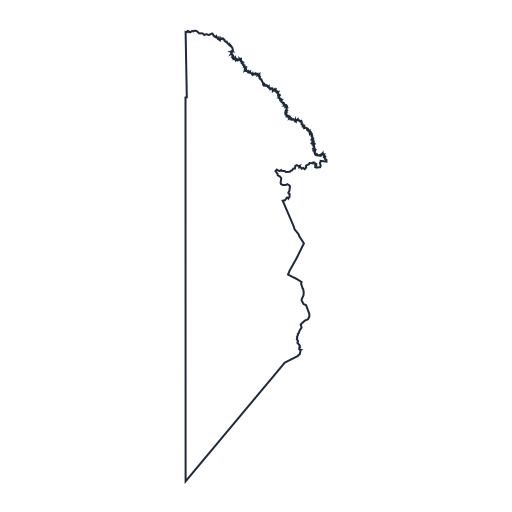 Sikongo, Western, Zambia (Robinson projection)
{"feature_id": "96606910B5408602862486", "entity_name": "Sikongo", "entity_type": "district", "adm_level": 2, "iso_a3": "ZMB", "parent_name": "Zambia", "parent_adm1": "Western", "projection": "robinson", "projection_center": [22.375, -15.32], "detail": "fine", "context": "isolated", "style": "outline", "palette": "slate", "viewbox_px": 512, "rotation_deg": 0, "n_neighbors": 0, "source": "geoboundaries", "source_scale": "gbopen_adm2", "svg_char_len": 5904}
<svg xmlns="http://www.w3.org/2000/svg" viewBox="0 0 512 512"><path d="M185.6,31.9L186.8,97.4L185.5,97.5L185.6,481.3L284.8,362.6L298.2,355.8L298.4,355.1L299.7,354.3L300.4,351.4L300.1,349.9L300.7,349.7L299.2,349.1L299.4,347.7L300.0,347.2L299.4,346.0L299.7,345.4L297.4,342.8L298.0,341.0L296.8,339.2L297.3,337.9L296.9,336.9L297.8,335.4L297.9,333.7L298.6,333.3L299.8,330.1L301.6,327.6L300.7,324.4L304.6,320.8L308.0,319.2L309.4,316.5L309.3,313.9L306.1,305.2L303.6,304.1L301.6,300.4L301.7,299.2L303.5,295.3L303.7,292.0L303.1,288.8L302.6,288.4L301.1,283.8L301.6,282.1L297.3,279.3L288.0,274.6L289.7,270.5L296.7,258.0L303.9,243.4L299.2,236.1L298.6,234.3L294.5,229.2L293.9,226.8L282.7,200.7L284.9,200.3L287.0,197.5L288.1,197.9L288.4,198.5L289.5,196.9L289.6,194.0L288.7,193.6L288.3,192.8L289.4,190.8L290.0,186.4L289.5,185.5L287.3,184.2L286.1,184.9L282.9,185.1L280.9,184.0L280.6,182.8L281.3,178.2L279.9,176.5L277.8,175.3L277.5,173.8L275.5,171.1L276.7,169.6L279.2,171.0L280.1,170.9L281.1,170.0L282.0,170.9L284.9,171.1L285.8,172.0L289.8,171.8L290.9,170.7L292.1,170.4L293.3,168.6L295.0,168.5L295.3,165.9L296.9,165.1L298.5,166.2L299.6,165.8L299.0,166.9L299.2,167.5L300.4,167.0L301.7,168.7L303.1,167.9L304.7,169.2L306.2,167.5L305.8,166.9L306.2,165.5L309.0,164.2L309.7,163.0L312.8,163.3L313.0,162.6L314.0,162.4L316.2,164.0L316.3,165.3L315.3,165.3L315.6,165.7L315.2,167.1L316.3,167.6L320.2,167.2L320.7,165.6L319.9,163.0L320.7,161.6L320.7,160.9L326.5,161.6L326.5,161.1L325.9,161.0L326.3,159.7L324.8,158.8L324.9,157.6L324.3,157.3L324.9,156.9L324.4,156.5L324.9,156.2L323.8,155.3L324.1,154.7L323.7,154.8L323.5,154.1L322.8,154.4L322.7,153.4L322.4,153.9L322.1,153.6L321.4,154.0L321.0,155.2L320.2,155.1L320.3,155.8L318.8,155.4L318.6,156.3L318.4,155.5L317.0,155.3L317.0,154.6L316.1,154.8L316.2,154.1L315.1,154.3L314.6,152.9L315.0,152.3L314.6,152.1L315.0,150.9L314.3,150.8L314.6,150.5L314.1,150.3L314.5,150.1L313.9,149.5L314.4,149.4L313.9,149.0L314.7,148.9L314.0,148.3L314.4,148.1L314.2,147.2L314.9,146.9L314.3,147.0L314.2,146.4L314.0,146.8L313.5,146.5L313.7,145.8L313.2,145.0L313.7,144.6L312.6,144.4L312.8,143.9L312.3,143.6L313.7,143.2L312.7,142.6L313.5,142.2L313.1,141.7L313.5,141.3L312.4,140.9L313.0,140.2L312.0,139.6L313.2,138.6L312.8,138.1L312.2,138.4L312.6,137.7L311.7,136.6L312.3,136.0L311.5,135.1L312.0,134.1L311.6,133.6L311.0,134.5L311.1,133.6L310.6,133.2L310.6,134.3L310.0,134.5L309.7,133.3L310.1,132.4L308.9,132.8L309.5,132.2L309.8,130.5L308.8,130.6L308.4,129.7L307.9,130.5L307.2,130.0L306.9,128.2L305.3,127.8L304.1,128.3L303.4,127.0L303.8,127.3L304.1,126.7L303.6,126.7L303.8,125.7L303.0,125.9L303.2,125.5L302.6,125.3L302.6,124.3L301.6,124.1L301.8,122.5L301.5,121.5L301.1,122.0L300.6,121.7L301.1,121.5L300.8,120.9L299.8,121.3L298.5,119.8L298.4,120.4L297.5,120.0L297.5,119.3L297.1,119.6L297.6,120.3L296.1,120.4L295.9,121.6L295.0,120.7L295.0,119.9L294.6,120.6L294.2,119.8L292.8,119.7L292.8,119.2L291.5,119.6L291.3,118.4L290.7,118.7L290.8,118.2L290.0,117.7L289.3,118.2L289.6,117.2L289.1,117.4L288.9,116.3L288.1,116.9L287.6,115.7L286.9,116.1L287.0,115.5L286.4,115.5L286.3,113.5L285.4,114.0L285.2,112.9L285.4,112.3L285.6,112.9L286.1,112.3L285.8,111.7L286.5,111.7L286.2,111.2L286.8,110.6L286.1,110.4L286.7,109.7L286.3,107.7L287.2,107.5L286.5,106.4L286.9,106.0L286.2,105.2L285.7,105.7L285.8,105.3L285.0,105.4L285.4,105.1L284.9,104.7L284.6,105.1L283.9,104.8L284.2,104.0L283.9,103.3L283.2,103.3L283.5,102.8L281.4,101.9L281.2,100.7L281.6,100.2L280.8,100.3L281.0,99.7L280.5,99.8L280.5,99.2L280.0,99.4L279.9,98.8L279.1,98.2L279.3,97.8L278.8,97.7L279.2,97.4L279.1,95.6L279.6,95.3L279.1,94.8L278.9,95.3L278.7,94.8L278.2,95.1L278.3,94.5L278.8,94.4L278.1,93.9L278.3,93.1L278.1,93.5L277.6,93.1L278.0,92.4L277.5,92.6L277.4,91.9L277.1,92.1L276.8,91.6L276.3,92.0L275.9,91.5L276.4,91.5L275.6,90.3L275.7,89.6L275.3,89.8L275.0,89.2L274.1,90.4L273.7,89.7L272.9,90.6L272.9,89.7L272.7,90.1L272.5,89.2L271.5,88.7L271.7,88.3L270.8,88.3L271.0,89.0L270.2,89.2L270.1,88.2L269.2,88.1L269.1,87.3L268.2,86.9L268.4,86.3L267.8,86.6L267.7,86.0L267.3,86.0L267.3,86.4L267.0,85.6L266.4,85.8L266.3,85.2L265.5,84.9L265.4,85.4L264.8,84.9L264.5,85.2L264.3,84.4L263.9,84.9L264.1,85.3L263.6,85.4L263.0,84.2L263.3,83.2L262.2,81.6L262.8,81.1L262.2,81.3L261.3,79.4L260.8,79.6L259.6,78.4L259.9,77.9L259.3,76.7L259.8,77.1L260.0,76.6L259.2,76.0L259.3,74.6L258.7,75.3L258.6,74.6L257.9,74.9L258.2,74.2L257.5,74.9L257.5,73.9L256.2,74.4L256.0,73.7L255.1,74.1L255.0,73.5L254.3,73.9L254.1,73.3L254.0,74.0L253.3,74.2L253.4,74.7L253.1,74.0L253.0,74.4L252.4,74.0L252.2,74.5L251.7,73.7L252.2,73.6L251.7,73.4L251.6,72.6L251.4,73.2L250.0,72.8L250.1,71.5L249.2,71.9L248.7,71.3L248.1,72.3L246.2,69.9L246.0,71.0L245.2,70.8L245.5,69.9L244.6,70.6L244.9,68.8L245.6,69.1L245.2,68.1L245.7,67.2L244.9,67.3L244.5,65.7L244.0,66.1L244.1,65.5L242.8,64.7L242.8,63.8L242.2,63.5L242.7,63.1L242.1,63.0L241.7,62.1L242.0,61.9L241.2,61.6L241.5,61.2L241.0,60.8L241.0,58.7L239.7,58.8L239.7,59.3L239.4,58.9L239.4,59.9L238.7,59.8L238.5,58.9L238.3,60.1L237.5,60.4L237.1,59.5L236.5,60.0L236.3,59.0L235.8,59.3L235.8,58.6L235.5,59.3L235.3,58.5L235.0,59.4L234.6,59.3L234.4,58.2L233.9,58.5L234.1,57.6L232.9,58.0L233.1,56.6L232.3,56.7L232.9,55.3L231.6,54.5L232.0,54.0L231.7,53.5L231.0,53.9L231.4,53.2L231.0,52.8L231.5,53.0L231.5,52.3L231.0,52.0L231.9,52.0L232.3,51.2L232.5,51.5L232.8,51.5L232.2,50.9L232.9,50.7L232.5,48.1L230.7,45.5L230.3,45.2L230.1,45.8L229.5,45.3L229.8,44.6L229.1,44.3L229.0,43.7L228.1,43.8L227.0,42.7L226.7,41.7L226.1,41.9L224.7,41.0L224.3,39.5L223.2,39.4L222.9,38.4L221.0,38.4L221.1,39.0L220.7,39.1L220.2,38.2L220.0,39.1L219.6,39.1L219.7,40.1L218.4,39.2L218.0,37.8L217.5,38.3L216.7,36.9L216.6,37.4L216.0,37.4L214.5,36.5L214.6,36.0L213.5,35.6L213.2,34.5L212.2,33.5L208.8,35.0L206.5,34.2L204.3,35.0L203.6,34.1L202.1,33.3L199.1,33.3L196.7,31.0L194.3,30.7L193.5,31.4L192.1,31.0L190.1,32.3L188.8,31.3L188.1,32.0L187.5,31.1L186.6,31.9L185.6,31.9Z" fill="none" stroke="#1e293b" stroke-width="2"/></svg>